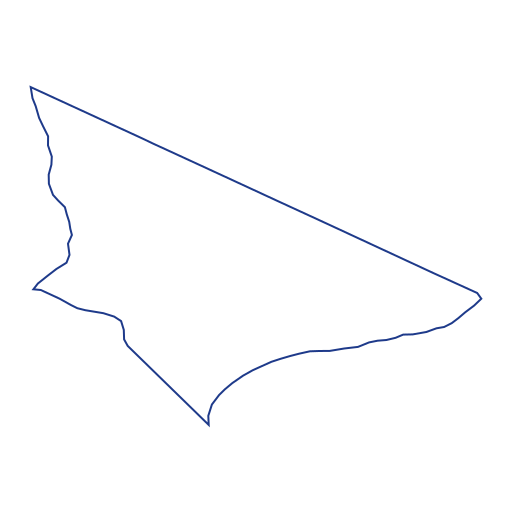 outline of Rio do Fogo, Rio Grande do Norte, Brazil, rotated 90°
{"feature_id": "56859067B74826707647635", "entity_name": "Rio do Fogo", "entity_type": "district", "adm_level": 2, "iso_a3": "BRA", "parent_name": "Brazil", "parent_adm1": "Rio Grande do Norte", "projection": "robinson", "projection_center": [-35.391, -5.362], "detail": "fine", "context": "isolated", "style": "outline", "palette": "blue", "viewbox_px": 512, "rotation_deg": 90, "n_neighbors": 0, "source": "geoboundaries", "source_scale": "gbopen_adm2", "svg_char_len": 1088}
<svg xmlns="http://www.w3.org/2000/svg" viewBox="0 0 512 512"><g transform="rotate(90 256 256)"><path d="M424.9,303.3L415.8,303.7L404.5,300.1L395.0,292.9L389.3,287.1L383.1,279.7L375.7,269.0L370.3,259.4L367.3,252.8L361.8,240.6L358.8,231.4L356.0,221.8L353.7,212.9L351.3,202.1L351.0,193.0L350.9,182.2L348.5,167.8L346.9,154.0L342.4,142.9L340.7,134.4L340.0,125.6L337.8,116.4L334.6,108.8L334.4,99.3L332.0,85.7L328.3,75.5L327.0,67.9L323.1,60.2L318.1,53.6L312.3,46.8L305.6,37.9L298.7,30.7L293.0,34.8L272.9,79.0L223.5,185.5L201.7,232.9L171.8,297.6L160.7,321.7L143.7,358.7L138.4,369.8L87.1,481.3L98.2,479.5L106.2,476.3L117.9,472.9L126.1,469.0L136.3,463.9L145.4,464.0L156.6,460.2L164.7,460.6L174.6,463.3L183.8,463.1L194.9,459.0L200.4,454.0L207.2,447.1L214.4,445.2L221.8,442.8L228.8,441.7L235.0,440.1L243.7,444.0L254.9,442.5L262.7,445.5L268.9,455.5L275.7,464.3L283.5,474.1L289.3,478.6L290.0,471.2L298.7,452.4L304.9,441.3L308.2,434.7L310.2,426.7L313.2,408.6L316.6,397.8L321.1,390.9L329.9,388.2L339.4,387.9L345.9,384.3L357.7,372.2L424.9,303.3Z" fill="none" stroke="#1e3a8a" stroke-width="2"/></g></svg>